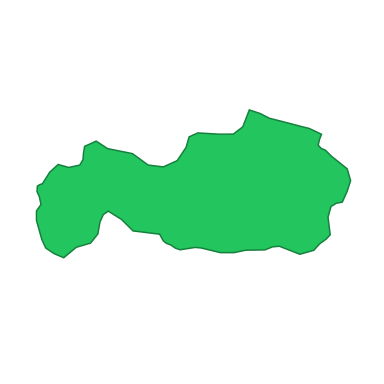 Bolu, Albers equal-area conic projection, rotated 13°
{"feature_id": "TUR-2268", "entity_name": "Bolu", "entity_type": "Province", "adm_level": 1, "iso_a3": "TUR", "parent_name": "Turkey", "parent_adm1": "", "projection": "albers", "projection_center": [31.568, 40.592], "detail": "fine", "context": "isolated", "style": "filled", "palette": "green", "viewbox_px": 384, "rotation_deg": 13, "n_neighbors": 0, "source": "natural_earth", "source_scale": "10m", "svg_char_len": 1096}
<svg xmlns="http://www.w3.org/2000/svg" viewBox="0 0 384 384"><g transform="rotate(13 192 192)"><path d="M340.7,168.1L335.1,170.5L330.7,174.9L330.2,186.0L336.3,202.5L333.6,207.4L328.1,213.7L323.8,221.4L311.1,228.4L289.3,225.2L282.7,227.4L276.1,232.0L257.5,236.6L246.7,241.6L233.3,244.7L213.6,244.5L207.5,245.3L193.3,251.0L188.2,250.4L183.3,248.4L178.6,247.8L175.1,246.1L169.9,240.4L143.3,243.2L129.5,234.6L114.7,229.5L110.7,233.9L109.1,241.7L109.7,254.1L104.7,264.6L91.7,271.9L81.8,284.9L71.6,283.1L62.1,279.5L56.3,272.0L46.8,254.6L44.7,245.4L47.7,238.1L44.1,230.6L40.9,226.5L40.0,221.1L41.9,219.1L44.4,217.6L48.9,204.7L55.4,195.3L66.4,195.8L76.6,191.0L78.5,184.9L77.5,178.4L77.1,171.7L87.1,164.0L100.1,168.7L125.4,168.0L143.2,175.6L158.4,174.0L170.5,164.8L176.2,149.8L176.8,138.9L184.4,133.1L204.7,129.7L219.2,126.3L226.8,117.1L229.4,99.1L240.8,100.2L250.6,102.7L284.1,103.6L291.8,103.7L305.2,106.6L304.4,112.3L304.4,118.0L308.2,120.5L312.5,121.2L319.9,125.8L338.0,134.5L344.0,145.3L343.5,150.8L343.3,153.4L343.0,156.7L340.7,168.1Z" fill="#22c55e" stroke="#15803d" stroke-width="1.5"/></g></svg>